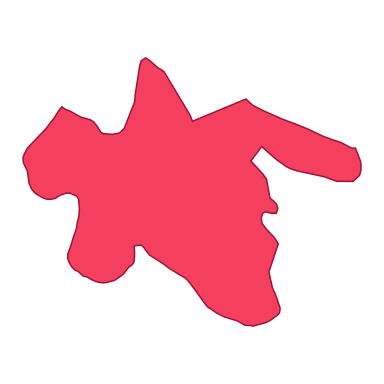 the district of Fuwwa, Kafr ash Shaykh, Egypt
{"feature_id": "37247803B18830247212538", "entity_name": "Fuwwa", "entity_type": "district", "adm_level": 2, "iso_a3": "EGY", "parent_name": "Egypt", "parent_adm1": "Kafr ash Shaykh", "projection": "albers", "projection_center": [30.568, 31.231], "detail": "fine", "context": "isolated", "style": "filled", "palette": "rose", "viewbox_px": 384, "rotation_deg": 0, "n_neighbors": 0, "source": "geoboundaries", "source_scale": "gbopen_adm2", "svg_char_len": 2610}
<svg xmlns="http://www.w3.org/2000/svg" viewBox="0 0 384 384"><path d="M355.5,148.1L351.7,148.1L340.3,142.2L333.2,140.0L323.2,136.3L315.4,132.6L307.5,128.9L294.7,123.7L282.5,119.2L272.5,114.8L262.6,110.4L252.6,105.2L245.9,99.0L221.5,109.2L192.4,121.3L190.3,115.5L176.8,93.0L164.1,71.8L161.2,69.6L158.4,68.1L156.8,66.8L152.6,63.1L149.1,60.1L145.5,57.9L141.2,60.8L139.8,65.1L135.3,94.0L134.6,102.0L124.2,128.5L119.4,133.0L112.3,134.4L104.6,133.7L103.0,133.6L100.8,132.1L98.7,128.8L96.6,125.5L93.7,121.9L90.2,119.7L81.6,117.4L77.3,115.2L70.9,111.5L65.2,109.3L62.2,107.0L62.0,106.9L61.9,106.8L61.3,107.4L60.4,108.4L58.8,110.6L56.7,113.9L54.1,118.2L50.3,122.8L45.8,128.9L40.1,134.8L36.4,138.7L34.3,140.9L30.2,145.2L27.4,148.1L25.5,151.7L24.0,154.6L23.0,157.6L23.1,160.1L23.4,162.8L24.7,165.4L24.7,165.5L24.8,165.6L26.3,168.7L26.9,169.8L27.5,171.9L28.6,179.9L29.1,183.4L29.8,185.0L30.5,186.5L31.4,188.7L34.6,192.7L37.0,194.4L42.8,197.8L46.8,199.2L48.0,199.2L50.8,199.3L55.4,198.4L59.3,195.7L64.6,193.6L67.4,193.1L70.2,193.2L72.6,194.4L76.0,195.8L77.8,197.6L78.0,197.9L78.1,198.2L78.8,199.4L78.8,202.4L79.4,208.2L79.1,214.1L78.7,217.2L77.5,221.3L76.3,228.9L73.5,236.9L73.5,237.1L73.4,237.2L70.2,247.8L67.8,253.8L67.6,258.3L69.4,263.0L71.7,266.8L74.4,269.7L78.4,271.7L83.4,276.2L83.6,276.2L83.8,276.3L87.1,276.9L90.9,279.3L95.9,281.6L101.6,282.8L105.7,282.7L111.6,281.2L114.7,280.3L119.6,276.9L120.0,276.5L121.7,275.4L123.4,274.1L128.8,267.1L131.9,265.1L132.0,265.0L133.9,262.3L134.4,257.7L134.6,253.7L134.5,250.4L134.5,249.8L134.0,246.1L135.5,245.7L137.4,245.5L137.5,245.4L138.3,245.4L139.0,245.3L142.0,245.5L143.3,247.0L144.3,248.2L146.2,250.8L149.6,255.1L151.0,256.0L153.2,257.3L160.5,262.0L164.7,264.9L168.9,268.1L178.9,274.4L179.1,274.5L179.3,274.6L180.0,275.0L183.6,277.0L184.8,277.7L187.6,280.4L188.8,281.6L193.0,287.2L194.8,289.6L196.9,292.5L197.3,293.1L200.7,297.8L207.0,306.4L209.1,308.1L210.0,308.4L213.3,310.7L216.4,312.9L224.3,316.9L225.3,317.2L237.1,320.8L244.2,324.8L244.5,325.3L246.5,325.3L250.0,325.4L252.9,326.1L265.8,322.6L270.1,320.5L278.0,314.7L279.5,312.8L280.2,308.2L275.2,293.7L272.4,287.9L268.9,271.9L275.1,253.3L278.3,243.8L277.1,241.9L274.1,237.2L267.0,229.9L262.0,223.3L261.3,217.5L262.8,213.2L265.6,211.8L271.3,213.3L276.3,213.3L277.8,208.3L276.4,203.9L273.5,201.0L270.0,198.1L266.5,179.2L262.9,174.1L250.9,161.0L254.6,156.0L261.7,146.6L276.6,159.7L285.9,166.3L290.1,168.6L296.6,170.8L314.4,174.6L324.4,176.8L329.6,178.7L336.6,181.3L353.0,181.4L359.5,175.5L360.9,170.6L361.0,164.1L360.3,160.5L357.4,153.2L356.0,149.6L355.5,148.1Z" fill="#f43f5e" stroke="#9f1239" stroke-width="1.5"/></svg>